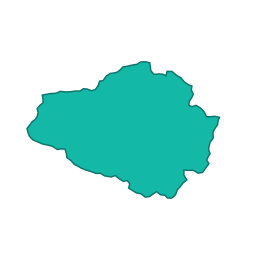 Catas Altas da Noruega, Minas Gerais, Brazil (Albers equal-area conic projection), rotated 314°
{"feature_id": "56859067B98626819297692", "entity_name": "Catas Altas da Noruega", "entity_type": "district", "adm_level": 2, "iso_a3": "BRA", "parent_name": "Brazil", "parent_adm1": "Minas Gerais", "projection": "albers", "projection_center": [-43.499, -20.667], "detail": "fine", "context": "isolated", "style": "filled", "palette": "teal", "viewbox_px": 256, "rotation_deg": 314, "n_neighbors": 0, "source": "geoboundaries", "source_scale": "gbopen_adm2", "svg_char_len": 1622}
<svg xmlns="http://www.w3.org/2000/svg" viewBox="0 0 256 256"><g transform="rotate(314 128 128)"><path d="M176.3,87.4L172.1,84.7L168.3,81.9L164.0,82.0L160.7,81.5L157.6,79.5L155.0,77.4L150.0,76.3L144.8,77.2L142.0,75.0L137.8,77.1L133.4,77.8L129.6,76.1L127.7,71.7L125.3,68.6L121.3,67.8L117.5,64.0L114.2,61.5L110.6,58.1L107.3,53.8L103.2,52.2L99.3,48.7L95.9,46.1L92.1,43.5L89.9,46.6L87.2,49.4L82.8,48.9L78.8,49.2L76.6,52.7L72.8,54.9L69.3,55.3L66.2,54.7L61.4,55.3L57.5,55.7L55.3,59.2L53.6,62.8L53.4,67.9L55.1,72.3L57.1,77.6L59.8,82.0L62.3,86.1L63.4,92.0L66.2,94.2L69.1,97.3L66.7,101.6L64.2,104.7L65.0,109.3L64.5,114.7L65.8,118.6L66.6,122.1L68.3,126.4L70.9,131.5L73.1,136.5L76.3,139.8L77.3,144.4L79.2,147.2L81.3,150.1L84.9,151.8L85.4,157.0L86.4,161.8L89.7,164.0L89.1,168.0L85.2,170.2L86.1,174.3L87.1,179.1L89.7,183.0L90.3,188.5L93.7,191.1L97.3,191.8L102.1,192.8L102.5,197.6L105.2,201.3L105.1,205.0L107.8,208.1L112.9,208.6L117.7,206.4L121.7,206.3L126.7,205.8L131.4,206.4L133.1,200.7L136.7,197.4L139.7,201.1L142.9,204.2L144.3,209.9L147.9,212.5L154.1,211.6L158.6,211.0L159.5,207.0L163.1,205.6L166.6,204.8L168.1,201.5L170.9,199.0L174.8,197.0L180.0,196.3L184.0,192.0L187.8,190.9L192.4,190.2L196.1,187.6L199.2,186.4L196.8,182.4L193.6,179.7L190.6,176.6L192.4,171.8L192.8,166.7L191.6,161.3L187.8,159.2L186.6,156.0L189.6,153.6L193.8,152.8L197.6,151.6L199.3,147.2L202.6,144.8L201.1,141.7L200.3,136.3L200.9,131.4L199.7,126.8L199.2,120.3L195.8,116.8L191.9,119.0L190.9,115.8L188.4,112.7L184.5,109.3L185.2,104.4L187.6,101.6L190.0,98.3L187.6,94.4L184.5,91.4L180.0,90.2L176.3,87.4Z" fill="#14b8a6" stroke="#0f766e" stroke-width="1.5"/></g></svg>